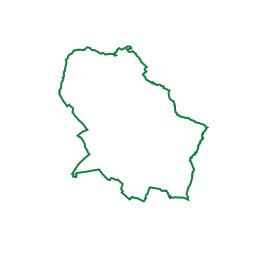 outline of Iordacheanu, Prahova, Romania, rotated 212°
{"feature_id": "2599482B35021706171000", "entity_name": "Iordacheanu", "entity_type": "district", "adm_level": 2, "iso_a3": "ROU", "parent_name": "Romania", "parent_adm1": "Prahova", "projection": "natural_earth1", "projection_center": [26.207, 45.054], "detail": "fine", "context": "isolated", "style": "outline", "palette": "green", "viewbox_px": 256, "rotation_deg": 212, "n_neighbors": 0, "source": "geoboundaries", "source_scale": "gbopen_adm2", "svg_char_len": 5773}
<svg xmlns="http://www.w3.org/2000/svg" viewBox="0 0 256 256"><g transform="rotate(212 128 128)"><path d="M216.7,159.1L216.7,156.6L216.0,155.1L216.0,154.8L216.1,154.5L216.9,153.0L216.2,152.1L214.9,150.9L214.1,148.8L213.8,147.4L212.9,145.7L212.8,144.9L212.7,144.5L211.7,142.9L211.7,142.4L212.1,141.9L211.6,141.2L211.7,140.6L211.1,140.0L210.4,138.8L209.7,138.1L209.6,137.6L209.7,136.9L210.1,136.3L209.4,136.0L209.0,135.5L208.4,134.3L208.4,133.6L208.6,132.7L208.6,131.3L208.2,130.9L208.1,130.4L207.7,129.6L207.2,128.9L207.0,128.2L206.5,127.7L206.3,127.0L205.9,126.3L206.3,123.4L205.9,123.1L205.2,122.9L204.6,121.6L204.7,121.2L204.4,121.2L203.9,120.2L202.2,119.2L199.0,117.8L198.0,116.8L193.9,115.4L191.2,114.1L190.2,116.7L189.6,116.4L188.1,116.0L185.7,115.7L184.9,115.2L184.2,114.2L184.1,113.5L183.5,112.4L183.4,111.8L181.4,111.2L179.1,110.2L178.9,110.0L178.6,110.0L176.7,109.5L176.2,109.2L172.9,108.4L168.3,107.5L161.5,104.9L164.0,101.6L164.5,100.7L166.5,95.5L166.7,94.8L164.2,94.6L163.1,95.0L161.5,94.3L160.1,93.8L156.2,91.5L154.3,89.0L153.9,88.9L150.9,87.4L148.3,85.7L146.8,85.1L146.9,84.9L149.1,77.9L150.3,73.2L150.7,71.2L150.9,63.7L151.1,59.5L149.9,60.0L148.9,57.7L146.0,58.9L147.2,60.9L146.9,60.9L147.7,62.6L138.3,70.5L136.5,72.3L130.4,77.6L128.1,76.4L126.1,75.7L123.9,75.2L121.5,74.4L117.3,73.5L115.7,74.3L115.6,74.7L116.1,75.4L115.9,76.5L115.7,76.6L112.5,77.7L111.5,77.4L110.9,77.5L109.5,78.4L109.2,78.9L106.4,78.2L104.4,78.0L102.8,77.6L102.6,76.6L102.2,75.4L102.0,74.0L101.6,73.0L101.2,72.4L100.9,72.2L100.0,72.2L99.8,71.9L98.9,71.6L99.1,69.9L94.5,69.4L93.7,69.0L88.7,68.3L88.5,70.0L88.6,70.3L88.4,70.8L88.2,71.0L88.1,71.4L87.7,71.4L87.1,72.0L86.9,72.0L86.8,71.7L86.7,71.7L84.5,72.7L81.8,73.6L78.2,73.8L75.7,74.2L75.7,75.9L76.0,76.6L75.7,76.9L75.9,77.5L75.6,78.0L76.2,78.2L76.5,78.5L76.7,79.2L77.0,81.2L76.7,82.1L76.7,83.2L77.2,84.7L77.6,86.9L77.8,87.5L77.7,88.3L77.9,88.4L78.0,88.7L77.9,89.3L68.5,93.2L66.5,92.6L65.4,92.9L65.0,93.7L62.9,94.2L62.3,94.9L62.3,95.1L59.9,94.1L58.7,93.1L58.1,92.8L57.2,91.8L56.1,91.4L55.8,91.0L55.5,91.0L55.6,91.7L55.1,91.2L54.9,91.2L54.9,91.4L55.0,91.7L54.8,92.1L54.0,92.4L53.4,92.6L52.7,93.0L52.3,93.1L51.5,94.3L50.5,94.7L49.1,95.5L48.0,95.9L46.1,97.2L45.0,97.6L44.8,97.9L43.7,98.5L39.1,99.1L39.5,99.4L40.6,101.2L41.7,101.8L42.9,102.8L43.6,103.6L44.3,106.5L44.8,107.4L44.9,108.8L45.4,109.6L45.4,111.2L45.2,112.0L45.3,112.5L45.2,112.8L45.5,113.1L45.4,113.5L45.6,114.7L46.4,116.5L46.4,117.5L46.8,118.5L46.8,119.1L47.6,119.9L47.6,120.7L47.9,120.9L48.0,121.5L48.5,121.7L48.7,122.5L49.3,123.2L49.2,124.0L49.6,124.2L49.9,125.4L49.7,126.3L49.9,126.9L49.8,127.4L49.8,127.6L50.6,128.5L51.3,128.6L51.5,128.8L52.2,129.1L53.1,130.1L54.2,130.7L54.5,131.1L55.3,131.7L55.9,131.9L56.6,132.6L57.3,133.0L58.2,133.0L58.3,133.1L58.3,134.0L58.8,134.9L58.6,135.5L58.8,135.7L59.2,135.6L59.3,135.8L59.2,136.3L58.3,136.6L58.5,137.3L58.4,137.8L58.5,137.9L58.6,138.4L58.0,139.7L57.7,140.1L58.0,140.4L57.4,141.1L57.8,141.7L57.4,142.1L57.9,142.5L58.0,142.7L57.0,143.4L57.3,143.8L57.1,145.2L57.3,145.8L57.6,146.2L57.8,146.8L57.9,147.4L57.8,147.9L57.8,148.6L58.6,149.4L59.0,149.4L59.2,149.6L58.8,150.5L58.9,150.9L59.2,151.1L59.3,151.3L59.1,151.9L59.1,152.2L58.7,153.0L59.1,153.9L59.7,154.1L59.7,154.3L59.6,154.6L59.5,155.7L59.2,156.1L59.4,156.9L58.7,158.0L58.9,158.2L59.7,158.8L59.1,159.4L59.9,159.7L61.2,160.8L61.2,161.2L61.2,162.8L61.9,162.9L61.7,163.5L61.7,165.1L61.4,165.9L61.1,166.3L61.0,167.7L61.3,168.1L61.4,168.8L61.3,169.6L61.0,170.4L61.6,170.4L61.8,170.3L62.0,169.9L62.6,170.1L62.8,170.5L65.5,170.9L66.2,170.9L67.6,170.3L70.1,170.0L70.8,169.7L71.7,169.0L73.1,169.0L74.4,168.7L74.9,169.1L75.4,169.1L76.2,168.7L78.1,168.6L79.0,168.1L79.8,168.4L80.4,168.3L80.9,168.5L81.3,168.3L81.6,168.4L82.3,168.4L84.5,167.0L85.5,167.0L86.0,166.8L86.5,166.8L86.7,166.7L87.0,166.3L87.5,166.2L88.0,165.9L88.8,165.6L90.4,165.5L90.7,165.8L91.0,165.9L92.1,165.2L92.4,165.3L93.0,165.7L93.5,165.4L93.8,165.9L94.9,166.5L95.2,166.6L95.5,166.4L96.1,166.6L97.1,167.8L97.9,168.4L98.2,168.9L98.5,169.3L99.1,170.7L99.5,171.1L100.2,171.4L100.2,172.0L101.1,172.4L101.1,172.8L101.2,173.0L101.9,173.6L102.3,173.7L102.9,174.1L103.2,174.8L103.6,174.9L104.6,174.6L105.8,174.5L108.7,175.3L109.7,176.6L110.7,177.4L111.8,178.7L112.6,180.2L112.6,181.2L112.7,181.7L119.2,180.8L119.7,182.2L120.8,181.7L121.8,181.4L123.5,181.6L124.6,181.4L125.6,180.6L125.8,179.9L126.3,179.7L127.0,179.6L128.2,179.9L130.7,179.9L130.4,179.5L131.6,179.4L131.7,179.2L131.4,179.0L131.8,179.0L131.8,178.8L134.0,179.0L135.9,178.9L136.0,178.7L136.5,178.9L137.5,178.7L138.9,179.0L140.9,180.5L142.1,180.6L143.9,181.6L142.3,185.6L144.5,186.1L145.0,186.5L145.2,187.4L145.1,188.0L144.4,189.7L144.9,189.7L152.1,191.1L153.4,192.2L156.2,193.4L157.3,193.8L158.6,193.8L159.6,194.2L159.9,194.4L160.1,194.8L160.7,195.2L161.6,195.0L162.6,195.1L163.7,195.8L164.6,195.3L165.1,195.3L165.4,194.6L166.4,193.7L167.3,193.3L168.2,193.2L170.4,194.0L167.4,197.2L167.6,197.5L168.9,198.3L169.4,197.9L171.5,197.2L172.3,195.0L173.5,193.6L174.2,192.0L175.0,191.2L175.3,191.0L176.4,190.8L177.5,191.2L178.2,190.3L178.6,189.0L178.6,188.7L178.0,188.0L178.1,186.6L178.3,186.1L179.1,185.0L179.1,184.4L179.0,184.1L178.2,183.6L178.0,183.1L176.8,183.4L177.4,182.4L177.5,182.4L178.1,182.7L178.9,182.6L180.3,182.6L181.0,182.4L182.8,181.0L184.2,180.1L185.7,178.6L186.7,178.2L187.9,178.5L189.1,178.5L189.4,178.1L189.9,177.0L190.6,176.6L192.3,176.5L193.4,176.6L197.9,176.3L198.4,176.1L199.3,175.2L199.8,174.9L201.5,175.3L202.4,175.7L204.9,175.1L205.6,174.6L205.6,173.7L206.3,172.4L206.4,170.9L206.9,170.6L207.5,170.5L208.4,169.8L210.5,168.9L211.1,168.2L212.1,167.3L213.1,166.8L214.1,165.6L215.1,164.9L215.2,164.6L215.0,164.1L214.9,163.7L215.2,163.1L214.9,162.3L214.9,162.0L215.9,159.9L216.5,159.5L216.7,159.1Z" fill="none" stroke="#15803d" stroke-width="2"/></g></svg>